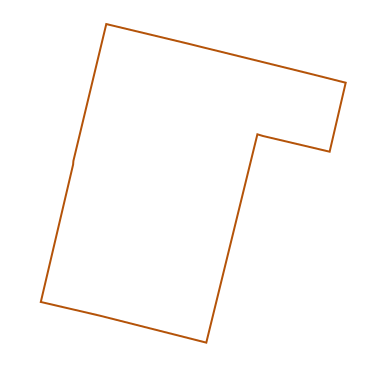 the district of Wells, Indiana, United States of America, rotated 194°
{"feature_id": "52423323B5084797475274", "entity_name": "Wells", "entity_type": "district", "adm_level": 2, "iso_a3": "USA", "parent_name": "United States of America", "parent_adm1": "Indiana", "projection": "natural_earth1", "projection_center": [-85.249, 40.742], "detail": "fine", "context": "isolated", "style": "outline", "palette": "amber", "viewbox_px": 384, "rotation_deg": 194, "n_neighbors": 0, "source": "geoboundaries", "source_scale": "gbopen_adm2", "svg_char_len": 339}
<svg xmlns="http://www.w3.org/2000/svg" viewBox="0 0 384 384"><g transform="rotate(194 192 192)"><path d="M68.2,264.4L69.3,335.2L106.1,335.3L216.5,335.0L229.4,335.0L315.8,334.2L314.6,193.4L314.0,189.9L312.1,48.7L288.8,49.1L251.5,49.7L141.7,49.3L142.5,263.8L136.5,263.5L68.2,264.4Z" fill="none" stroke="#b45309" stroke-width="2"/></g></svg>